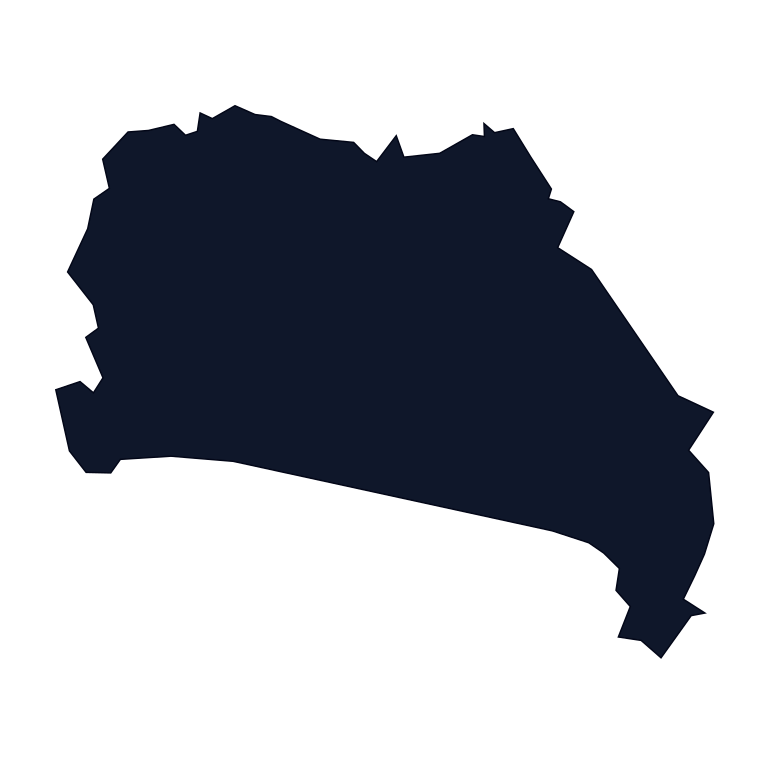 outline of Kato Pyrgos, Nicosia, Cyprus, rotated 178°
{"feature_id": "46923920B71090435504191", "entity_name": "Kato Pyrgos", "entity_type": "district", "adm_level": 2, "iso_a3": "CYP", "parent_name": "Cyprus", "parent_adm1": "Nicosia", "projection": "natural_earth1", "projection_center": [32.685, 35.18], "detail": "fine", "context": "isolated", "style": "filled", "palette": "ink", "viewbox_px": 768, "rotation_deg": 178, "n_neighbors": 0, "source": "geoboundaries", "source_scale": "gbopen_adm2", "svg_char_len": 977}
<svg xmlns="http://www.w3.org/2000/svg" viewBox="0 0 768 768"><g transform="rotate(178 384 384)"><path d="M188.3,549.6L201.3,559.9L213.3,563.4L209.9,573.0L229.6,606.0L245.9,634.7L264.7,631.3L275.0,640.8L275.0,627.8L286.9,630.0L320.3,612.6L356.2,610.0L363.1,631.7L383.6,606.5L395.6,615.2L405.9,626.5L439.3,630.9L477.8,650.0L487.2,655.2L503.5,657.8L523.2,667.3L546.3,655.2L558.3,661.3L561.7,643.0L573.7,639.5L584.8,650.8L610.5,645.6L631.0,644.8L657.3,618.5L651.6,589.1L667.5,578.9L674.7,549.5L696.3,507.0L671.8,473.3L667.4,449.8L680.4,441.0L664.6,400.0L674.7,385.3L687.7,397.0L712.2,389.7L700.7,328.1L684.8,306.1L660.2,304.7L650.1,317.9L599.5,319.3L537.4,312.0L221.0,231.4L184.9,218.2L170.3,207.4L155.2,191.4L159.3,169.7L145.6,153.0L158.6,123.0L136.0,118.8L116.7,100.7L85.1,141.8L71.3,143.9L92.4,158.5L80.2,181.5L69.7,202.8L59.3,232.8L62.7,284.2L81.9,307.2L55.8,344.3L90.6,362.0L172.6,491.2L205.7,514.2L188.3,549.6Z" fill="#0f172a" stroke="#020617" stroke-width="1.5"/></g></svg>